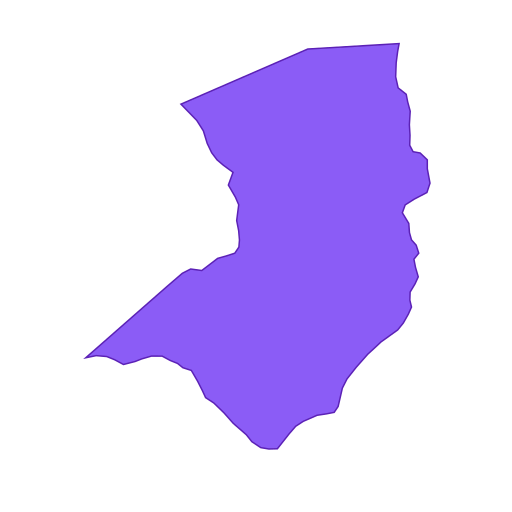 the district of Varjota, Ceará, Brazil, rotated 349°
{"feature_id": "56859067B91642005756852", "entity_name": "Varjota", "entity_type": "district", "adm_level": 2, "iso_a3": "BRA", "parent_name": "Brazil", "parent_adm1": "Ceará", "projection": "albers", "projection_center": [-40.497, -4.171], "detail": "fine", "context": "isolated", "style": "filled", "palette": "violet", "viewbox_px": 512, "rotation_deg": 349, "n_neighbors": 0, "source": "geoboundaries", "source_scale": "gbopen_adm2", "svg_char_len": 1361}
<svg xmlns="http://www.w3.org/2000/svg" viewBox="0 0 512 512"><g transform="rotate(349 256 256)"><path d="M346.3,62.7L211.3,92.6L216.9,101.2L223.7,111.6L228.2,123.1L229.6,136.2L232.2,146.2L236.1,154.2L241.3,160.7L249.4,169.5L242.4,181.1L247.0,194.3L248.8,202.4L246.3,209.9L243.8,217.5L243.8,228.0L242.8,237.2L240.9,244.0L235.7,249.2L226.6,250.3L217.9,251.0L209.9,255.0L200.0,259.9L189.4,256.3L180.4,258.9L162.9,268.9L143.0,280.5L69.5,323.4L80.1,323.3L90.3,326.2L97.5,330.9L105.2,337.2L117.2,336.5L124.2,335.2L134.3,334.3L144.8,336.4L151.9,342.2L158.5,346.5L162.9,351.7L170.7,356.0L174.8,367.8L177.7,378.0L179.5,385.4L186.5,392.2L194.6,403.8L201.8,416.0L212.4,429.6L216.5,437.5L224.1,445.0L231.8,447.9L240.2,449.3L254.7,436.8L262.5,430.7L270.9,427.3L285.5,424.0L295.1,424.4L302.9,424.4L307.9,419.4L315.6,402.1L321.9,394.0L333.2,384.3L347.0,373.7L356.6,367.8L362.3,364.2L381.0,355.6L387.8,349.9L394.4,342.2L398.9,335.8L398.6,328.7L400.4,320.8L406.8,313.7L411.3,307.4L410.4,297.6L410.4,289.3L416.3,284.3L415.3,275.9L411.7,269.8L411.1,262.4L412.2,253.2L407.9,241.5L412.2,234.3L422.1,230.4L435.9,226.3L440.7,217.7L440.8,203.1L442.5,194.3L436.8,186.2L430.1,183.6L428.0,176.6L430.2,167.0L431.6,156.4L435.0,143.3L434.3,133.6L434.3,125.9L427.6,118.1L427.3,106.7L430.5,93.0L434.1,82.2L437.0,74.8L346.3,62.7Z" fill="#8b5cf6" stroke="#5b21b6" stroke-width="1.5"/></g></svg>